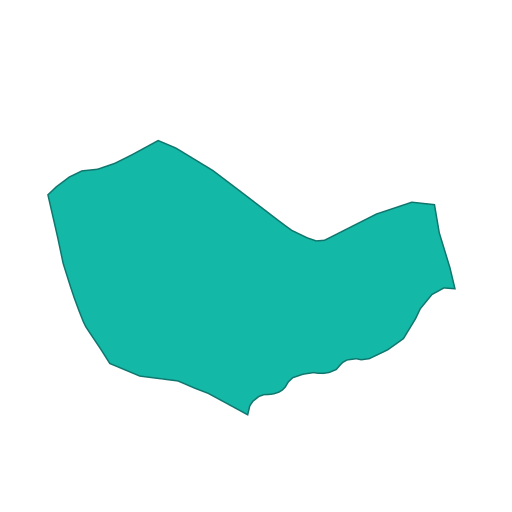 the district of Cajolá, Quezaltenango, Guatemala, rotated 338°
{"feature_id": "79465075B33960112872468", "entity_name": "Cajolá", "entity_type": "district", "adm_level": 2, "iso_a3": "GTM", "parent_name": "Guatemala", "parent_adm1": "Quezaltenango", "projection": "equal_earth", "projection_center": [-91.611, 14.937], "detail": "fine", "context": "isolated", "style": "filled", "palette": "teal", "viewbox_px": 512, "rotation_deg": 338, "n_neighbors": 0, "source": "geoboundaries", "source_scale": "gbopen_adm2", "svg_char_len": 987}
<svg xmlns="http://www.w3.org/2000/svg" viewBox="0 0 512 512"><g transform="rotate(338 256 256)"><path d="M440.7,275.3L420.6,264.5L383.5,262.2L325.4,267.1L317.5,264.6L310.1,258.2L298.7,245.6L293.9,237.9L289.5,230.6L267.4,193.1L248.0,160.6L222.2,126.0L208.5,112.3L178.8,115.7L159.7,117.2L141.5,116.2L126.5,111.9L112.7,112.8L96.9,117.0L86.0,121.3L79.1,164.4L74.4,190.8L72.6,213.7L71.8,226.5L71.4,239.7L71.3,252.4L71.7,257.9L73.0,264.4L77.2,284.4L80.2,300.9L103.3,323.8L136.8,342.6L149.9,355.8L160.3,365.5L188.8,400.1L194.1,392.6L198.7,389.5L206.1,387.3L211.4,387.5L214.9,388.8L218.2,389.8L221.5,390.5L226.3,390.8L230.3,390.1L234.0,388.5L238.7,384.9L244.5,382.6L255.3,383.2L265.5,385.6L269.8,388.0L274.7,390.1L280.4,391.4L287.9,391.3L293.6,388.4L296.7,387.1L301.6,386.5L310.5,388.8L314.7,391.6L322.5,393.6L343.0,392.3L361.8,387.8L380.3,374.0L388.6,366.4L404.7,357.6L418.3,356.0L428.2,360.9L431.4,339.6L434.6,303.1L440.7,275.3Z" fill="#14b8a6" stroke="#0f766e" stroke-width="1.5"/></g></svg>